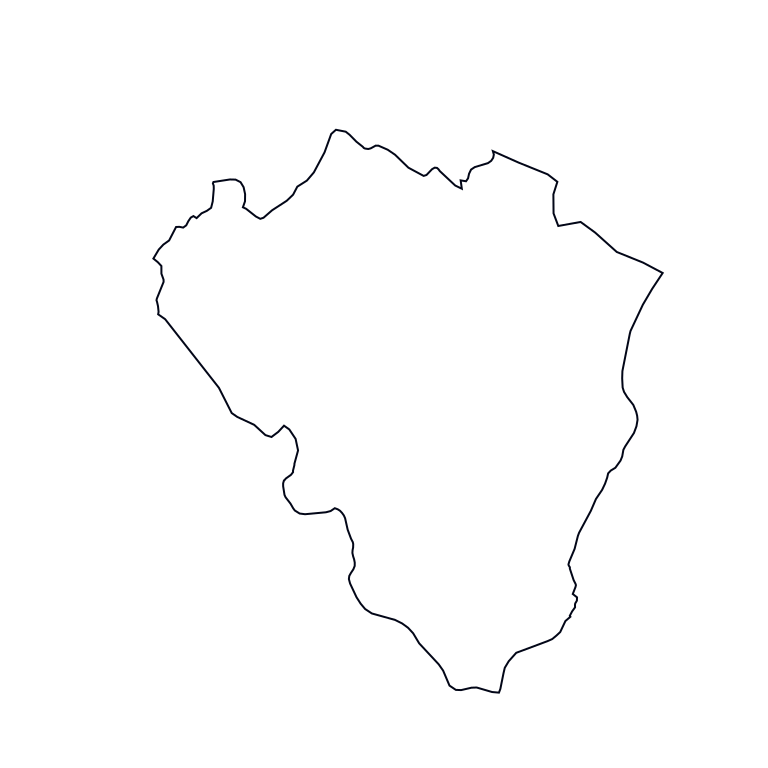 an SVG outline of Rajshahi, rotated 22°
{"feature_id": "BGD-3255", "entity_name": "Rajshahi", "entity_type": "Division", "adm_level": 1, "iso_a3": "BGD", "parent_name": "Bangladesh", "parent_adm1": "", "projection": "natural_earth1", "projection_center": [88.991, 24.559], "detail": "fine", "context": "isolated", "style": "outline", "palette": "ink", "viewbox_px": 768, "rotation_deg": 22, "n_neighbors": 0, "source": "natural_earth", "source_scale": "10m", "svg_char_len": 2877}
<svg xmlns="http://www.w3.org/2000/svg" viewBox="0 0 768 768"><g transform="rotate(22 384 384)"><path d="M327.4,511.3L327.5,511.3L328.4,508.4L331.8,503.0L332.7,499.8L332.1,498.5L331.3,492.8L330.8,491.4L329.2,477.8L322.6,468.0L313.2,461.6L306.9,460.1L303.9,468.0L299.5,475.3L293.2,475.8L279.0,470.5L260.3,469.5L253.7,468.0L232.4,449.4L156.8,405.9L148.5,404.0L148.0,401.6L145.3,396.5L142.8,392.9L141.7,391.6L141.4,389.9L141.4,371.9L140.5,369.8L136.3,365.1L133.4,358.0L128.7,355.8L123.2,354.1L124.8,343.7L127.2,337.4L131.0,331.4L132.4,316.3L135.5,314.9L139.2,314.2L141.2,311.0L141.6,306.3L142.5,302.1L144.4,299.7L148.1,300.4L150.9,294.1L154.9,289.8L157.7,285.4L156.8,278.9L153.1,266.9L151.8,263.9L150.2,262.1L150.2,260.6L164.5,252.1L169.8,250.1L175.4,250.6L180.1,254.1L184.1,260.0L186.7,266.7L187.0,273.0L190.5,273.2L202.5,276.7L207.4,277.2L210.0,275.0L215.2,264.8L225.2,250.5L228.8,242.5L229.7,233.5L236.3,224.3L239.7,214.1L242.1,191.5L241.4,172.0L244.2,166.3L254.0,164.4L258.7,165.8L267.7,169.7L275.5,172.0L276.8,172.7L278.2,172.8L281.4,172.0L283.4,170.5L287.0,166.1L289.6,165.1L299.7,165.4L308.4,167.3L325.6,174.3L342.8,176.2L345.1,174.3L348.1,166.8L350.0,164.4L352.2,163.8L354.1,164.5L356.0,165.7L375.7,173.3L383.0,173.8L378.8,166.5L384.1,165.3L384.9,161.8L384.1,157.2L384.4,152.6L386.9,148.9L397.7,140.2L399.8,136.9L400.5,133.4L399.9,130.1L397.7,127.3L426.1,128.3L457.2,128.3L469.0,131.6L470.0,144.7L477.3,162.3L486.4,172.2L505.6,160.1L523.0,164.5L550.4,174.4L578.7,174.4L600.8,176.7L597.0,195.3L594.3,213.5L592.7,242.5L593.1,245.4L600.2,282.7L602.7,289.5L606.6,297.9L609.5,301.4L614.5,305.1L623.0,310.0L628.2,315.3L630.6,318.6L632.5,322.2L633.9,328.6L634.1,335.8L631.0,351.5L630.6,355.3L632.0,361.9L632.0,366.4L629.9,375.0L626.7,379.3L625.3,382.9L626.0,387.2L626.3,393.6L625.9,400.4L623.6,411.2L623.3,424.1L620.6,448.9L620.7,452.3L622.5,465.5L622.3,479.1L622.6,482.1L622.9,482.6L623.3,483.1L625.0,484.3L625.5,485.6L633.3,494.8L636.5,497.6L637.3,498.6L637.6,500.5L637.7,508.0L642.9,509.5L644.0,512.6L643.5,515.8L643.8,517.2L644.8,519.5L643.6,524.4L643.1,529.3L644.0,530.0L641.0,535.8L640.3,548.0L638.1,552.7L635.5,557.5L631.9,561.2L607.3,583.7L603.5,594.3L602.3,601.9L603.1,607.1L606.1,623.1L606.2,627.1L599.6,629.1L583.6,630.7L578.9,632.8L570.2,638.9L565.2,640.7L557.7,639.1L546.2,627.6L539.7,623.4L513.8,611.3L504.4,604.2L497.6,601.0L490.4,599.2L482.6,598.6L458.7,601.3L450.8,599.7L444.6,596.4L438.4,592.0L427.3,581.7L424.5,578.0L423.7,574.9L424.1,571.7L425.0,567.3L425.0,563.7L423.8,560.6L422.0,557.8L419.9,555.3L418.0,552.5L417.1,549.8L416.6,547.1L415.4,543.9L414.3,542.3L411.4,539.8L404.9,532.7L398.2,523.0L396.0,520.9L393.3,519.2L390.7,518.0L388.0,517.5L384.9,517.6L382.1,521.8L378.2,524.7L359.6,534.3L354.3,535.7L348.7,534.7L346.4,533.3L342.2,530.0L335.2,525.9L333.3,524.1L328.8,516.6L327.7,513.9L327.4,511.3Z" fill="none" stroke="#020617" stroke-width="2"/></g></svg>